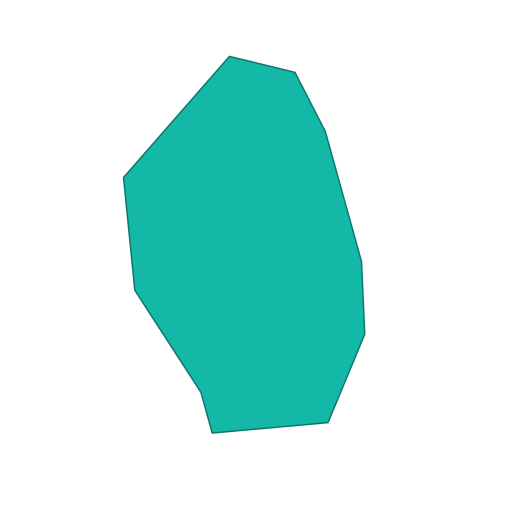 SVG path tracing the border of Kobilje, rotated 234°
{"feature_id": "SVN-1043", "entity_name": "Kobilje", "entity_type": "Municipality", "adm_level": 1, "iso_a3": "SVN", "parent_name": "Slovenia", "parent_adm1": "", "projection": "natural_earth1", "projection_center": [16.381, 46.68], "detail": "fine", "context": "isolated", "style": "filled", "palette": "teal", "viewbox_px": 512, "rotation_deg": 234, "n_neighbors": 0, "source": "natural_earth", "source_scale": "10m", "svg_char_len": 338}
<svg xmlns="http://www.w3.org/2000/svg" viewBox="0 0 512 512"><g transform="rotate(234 256 256)"><path d="M144.0,118.6L178.1,131.3L299.5,137.8L397.4,195.0L433.1,351.8L381.6,395.5L376.8,394.7L316.1,385.3L189.5,338.1L128.8,298.0L78.9,216.3L129.1,132.3L138.5,116.5L144.0,118.6Z" fill="#14b8a6" stroke="#0f766e" stroke-width="1.5"/></g></svg>